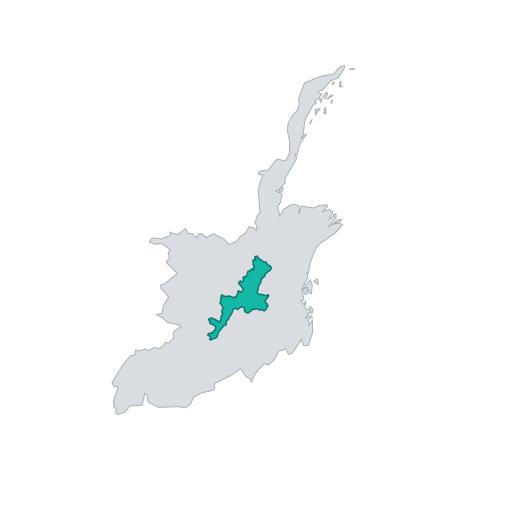 location of Mandalay within Myanmar, rotated 216°
{"feature_id": "MMR-3267", "entity_name": "Mandalay", "entity_type": "Division", "adm_level": 1, "iso_a3": "MMR", "parent_name": "Myanmar", "parent_adm1": "", "projection": "mercator", "projection_center": [96.206, 21.524], "detail": "fine", "context": "in_parent", "style": "filled", "palette": "teal", "viewbox_px": 512, "rotation_deg": 216, "n_neighbors": 0, "source": "natural_earth", "source_scale": "10m", "svg_char_len": 9568}
<svg xmlns="http://www.w3.org/2000/svg" viewBox="0 0 512 512"><g transform="rotate(216 256 256)"><path d="M329.1,236.8L324.2,234.3L320.6,236.6L315.1,235.7L315.6,240.5L312.5,242.1L306.9,241.7L303.6,249.0L292.1,250.9L284.6,249.5L280.4,256.0L280.1,263.4L278.0,267.8L278.9,275.5L274.0,277.5L271.0,277.1L272.6,280.6L276.5,282.1L278.7,290.0L278.0,293.1L293.5,311.3L298.2,325.5L301.9,323.6L303.0,325.1L301.5,328.8L296.8,331.7L296.0,346.7L288.3,350.3L288.5,355.3L289.4,358.8L296.3,368.7L304.0,375.5L308.3,382.7L309.1,393.2L308.0,397.6L310.0,403.9L313.9,408.1L318.4,424.7L309.4,439.2L300.2,448.8L299.1,458.9L296.1,462.2L294.7,459.1L294.1,448.5L298.5,441.8L299.9,428.8L302.8,426.0L301.3,424.7L297.7,425.6L299.0,415.1L296.9,414.6L298.6,412.4L296.4,394.8L289.4,382.4L288.5,377.0L287.4,384.2L286.6,382.8L286.4,373.0L282.3,362.3L282.8,361.4L284.6,362.3L282.9,359.9L281.5,360.4L280.3,357.8L278.1,335.5L275.5,332.4L276.5,322.7L278.5,320.3L271.1,321.3L267.6,313.1L267.3,308.6L260.0,301.9L261.2,304.0L260.0,306.3L261.2,310.1L258.2,317.2L255.1,320.4L251.1,321.7L247.9,319.7L247.2,315.9L246.0,315.9L248.8,323.0L237.0,329.1L235.2,333.3L229.1,338.9L227.2,338.2L228.2,330.7L224.6,336.6L219.6,336.8L218.6,328.8L216.6,333.4L213.7,334.9L214.6,321.5L213.8,325.4L209.0,330.7L204.4,332.4L205.4,321.4L211.6,303.9L212.2,298.2L208.8,284.1L203.3,272.3L204.9,272.1L201.2,268.7L200.7,259.9L198.5,263.0L198.2,268.6L193.5,265.7L189.0,258.0L190.8,257.3L196.0,261.0L198.9,258.9L199.7,256.4L191.5,248.9L193.5,245.9L190.9,245.9L183.9,242.3L181.9,243.0L182.8,246.2L181.3,247.1L178.6,242.2L180.6,239.8L178.9,239.7L180.0,235.4L179.3,234.7L176.1,240.5L174.2,239.1L176.3,236.2L175.4,234.6L172.4,231.2L172.7,237.2L165.4,227.7L161.2,214.7L164.4,211.4L170.1,215.2L169.6,199.1L172.0,195.6L177.8,198.5L179.5,194.4L181.8,193.4L180.2,182.2L182.1,175.0L186.0,173.8L186.9,167.9L187.4,160.0L185.5,151.2L189.0,153.3L193.0,152.5L202.4,155.6L205.9,145.2L214.7,128.3L211.4,124.4L212.0,122.0L219.7,113.1L223.6,105.1L221.9,97.9L223.6,92.0L230.6,88.2L246.0,76.2L257.4,74.6L262.1,79.3L265.3,79.7L260.5,68.5L270.2,60.1L269.9,53.4L274.5,46.4L277.0,46.6L279.4,50.1L281.9,50.1L286.3,55.2L290.6,69.4L293.8,66.8L298.0,68.8L299.9,89.6L298.7,101.6L296.2,104.4L298.1,109.3L294.1,111.0L291.3,115.8L287.3,116.1L284.5,122.6L280.4,123.6L278.2,128.7L278.7,132.5L275.4,134.7L274.3,141.3L277.2,143.9L278.1,147.4L275.0,154.8L277.6,155.1L288.7,150.1L296.6,151.1L301.9,149.9L298.5,154.9L301.8,161.4L302.5,171.4L314.2,174.2L316.1,176.7L313.5,179.8L309.5,195.7L324.8,198.0L325.3,204.1L328.5,206.3L329.0,209.7L331.0,210.8L339.3,210.6L344.2,206.5L350.4,204.6L350.8,208.1L349.3,210.7L342.5,214.2L337.8,221.5L337.5,223.1L339.7,224.5L331.8,227.4L329.1,236.8ZM193.7,253.8L198.6,256.7L197.6,258.9L194.6,259.0L192.2,255.2L193.7,253.8ZM290.8,405.3L294.0,409.7L290.9,412.7L290.8,405.3ZM193.2,273.4L190.6,271.7L188.9,269.3L194.3,269.3L193.2,273.4ZM295.3,424.2L295.4,429.9L293.4,429.3L292.2,424.4L295.3,424.2ZM211.7,332.4L208.4,336.1L207.9,332.9L212.4,328.3L211.7,332.4ZM275.3,327.2L273.3,326.1L273.0,322.7L274.6,321.7L275.8,323.3L275.3,327.2ZM288.9,431.2L288.5,429.3L290.6,424.6L290.2,428.7L288.9,431.2ZM287.8,441.9L290.4,446.2L290.0,447.1L287.5,443.7L285.9,443.9L287.8,441.9ZM297.1,420.9L294.3,422.1L294.1,418.1L297.1,420.9ZM290.4,461.9L286.7,465.6L287.2,463.5L290.4,461.9ZM177.7,242.9L179.1,247.7L176.8,242.0L177.7,242.9ZM290.9,396.1L290.8,399.7L289.9,393.9L290.9,396.1ZM189.0,246.3L189.4,249.4L187.3,245.0L189.0,246.3ZM287.1,416.7L285.0,414.9L285.8,413.6L286.8,413.9L287.1,416.7ZM285.6,411.5L284.3,413.9L282.9,412.5L284.0,411.4L285.6,411.5ZM286.0,425.7L286.0,427.8L284.5,423.0L286.0,425.7ZM216.7,336.8L215.2,336.7L217.2,334.3L217.4,335.2L216.7,336.8ZM295.7,442.3L294.3,441.9L295.4,439.6L295.7,442.3Z" fill="#d9dde1" stroke="#a8b0b8" stroke-width="1"/><path d="M243.7,161.3L244.4,161.2L244.6,161.4L244.8,161.9L244.8,162.2L244.6,163.1L244.6,163.4L244.7,163.6L244.9,163.8L246.1,164.2L246.6,164.1L247.5,163.6L248.1,163.5L248.8,164.1L248.7,164.5L248.4,164.9L248.3,165.1L248.3,165.4L248.5,165.7L248.5,165.9L248.3,166.0L248.0,166.0L247.2,166.8L247.0,167.2L246.9,167.3L247.0,167.6L246.9,167.8L246.7,167.9L246.4,167.7L246.2,167.6L246.0,167.9L246.1,168.3L246.3,168.7L246.1,169.4L246.1,170.9L245.8,171.3L245.7,171.6L245.4,171.9L245.3,172.1L245.4,172.4L245.5,172.8L246.2,173.5L246.4,174.0L246.3,174.3L246.5,174.6L247.5,175.2L249.3,175.3L251.2,175.0L251.7,174.9L252.2,174.9L252.5,174.5L252.8,174.4L253.1,174.5L253.7,175.0L254.0,175.0L254.3,174.9L254.4,175.5L254.3,175.8L255.0,176.2L255.3,176.3L256.3,176.4L256.9,176.7L257.1,176.9L257.1,177.4L256.8,177.7L256.1,178.8L255.9,179.4L255.4,179.9L255.1,179.9L254.8,180.1L254.2,179.9L253.5,179.9L252.2,180.6L251.9,180.7L251.1,180.8L250.6,180.5L250.1,180.7L249.9,180.7L249.6,180.9L249.4,180.9L248.4,180.9L247.9,180.7L247.7,180.8L246.3,181.7L246.5,182.2L246.6,182.8L246.9,182.8L247.0,182.8L247.0,183.7L247.0,183.9L247.4,184.6L248.2,185.6L248.2,185.9L248.2,186.6L248.4,186.8L248.8,186.9L249.0,187.5L249.0,187.8L248.9,188.3L248.8,188.9L248.7,189.5L248.8,190.1L249.1,190.2L250.5,190.3L251.0,190.9L251.1,191.2L251.2,192.1L251.6,192.4L251.8,192.7L252.1,193.5L252.1,194.2L252.1,194.8L252.2,195.0L252.4,195.1L253.5,195.4L254.1,195.8L255.2,196.1L255.9,196.5L256.4,196.6L257.2,196.7L257.5,196.9L257.7,197.1L257.9,198.2L258.1,198.9L258.8,199.8L259.2,200.7L259.9,201.5L260.0,201.9L259.9,202.3L260.0,202.6L260.4,202.9L260.5,203.1L260.5,203.6L260.7,203.8L260.8,204.1L260.7,204.5L259.8,204.6L259.2,204.1L258.6,204.7L257.6,205.2L257.3,205.2L257.2,205.0L256.9,205.1L256.2,205.7L255.4,206.6L255.2,207.1L254.2,207.9L253.8,207.9L253.5,207.9L253.3,208.0L251.7,208.8L251.1,208.8L249.9,209.0L249.3,209.1L249.2,209.1L249.1,209.3L248.9,209.8L249.1,210.1L249.0,210.4L248.1,210.9L248.4,213.1L248.6,213.5L249.0,215.7L249.5,216.4L249.9,217.5L249.7,217.6L249.2,217.6L248.7,217.7L248.1,217.5L247.6,217.6L247.1,217.9L246.7,218.3L246.8,219.1L246.7,219.5L246.4,220.0L246.5,221.2L247.4,221.9L248.8,222.4L250.3,223.0L250.5,223.0L250.9,222.9L251.1,223.0L252.0,223.6L252.3,223.6L252.7,223.2L252.9,223.4L253.3,223.9L253.5,224.0L253.8,223.9L254.0,224.1L254.2,224.4L254.4,224.8L254.4,225.1L254.1,225.3L254.1,225.5L254.1,226.1L254.0,226.6L252.7,226.6L252.4,226.7L252.3,227.0L251.6,227.6L251.7,228.1L251.6,228.6L251.7,228.9L252.1,229.2L252.6,230.2L252.9,230.3L253.1,230.6L253.5,230.5L253.5,231.4L253.6,232.2L253.5,232.3L253.2,232.4L252.5,232.4L252.4,232.6L252.5,233.0L252.2,233.6L252.0,234.4L252.3,235.6L253.3,238.3L253.5,238.7L253.5,239.0L253.4,239.3L252.5,239.9L252.3,240.4L251.7,240.8L251.7,241.9L252.0,242.1L252.1,242.3L251.5,243.2L251.3,243.4L251.1,243.5L250.7,243.3L250.4,243.5L250.0,243.4L249.9,243.5L250.0,243.9L250.4,244.7L251.5,246.1L251.6,246.5L251.5,246.9L251.6,247.1L252.1,247.3L252.8,247.1L253.3,247.3L253.5,247.6L253.9,248.4L254.8,249.4L255.1,249.9L255.6,250.2L255.9,250.6L255.9,250.9L255.8,251.1L255.3,251.5L255.0,252.0L254.6,252.2L254.0,252.3L253.8,252.5L253.7,252.7L253.9,253.0L254.2,253.3L254.8,253.5L255.4,253.5L255.7,253.5L255.9,253.6L256.0,253.8L256.3,254.6L256.2,255.2L256.0,255.6L255.7,255.8L255.4,256.2L254.5,256.7L254.3,256.5L254.4,256.2L253.5,255.8L253.1,255.6L252.7,255.6L250.4,255.8L249.0,255.7L248.0,255.8L247.4,255.6L246.2,255.6L245.9,255.5L245.7,255.5L245.4,256.4L245.0,256.6L244.6,257.0L244.4,257.0L244.1,256.9L243.5,256.4L242.2,256.1L241.8,255.9L241.0,255.6L240.2,255.7L239.9,255.8L239.8,256.1L239.7,256.2L239.5,256.3L239.0,256.4L238.7,256.3L238.4,256.1L237.3,255.8L236.7,255.4L236.5,255.0L236.3,254.3L236.2,252.7L236.4,251.8L236.7,251.3L237.1,250.8L237.2,250.4L237.3,250.0L237.1,249.6L237.1,249.3L237.4,248.7L237.6,248.1L237.9,247.9L238.0,247.8L238.1,247.5L237.9,247.2L237.9,246.5L237.6,246.1L237.5,245.3L237.4,244.9L237.0,244.6L237.4,243.7L237.5,243.4L237.4,242.8L237.8,242.5L237.8,242.3L237.8,242.1L237.9,241.8L238.3,241.4L238.4,241.0L238.3,240.8L237.9,240.6L237.8,240.4L237.7,239.6L237.3,238.9L237.1,238.2L236.7,237.6L236.4,236.3L236.8,235.7L236.8,235.4L236.5,234.7L236.3,233.4L236.0,232.7L234.2,229.4L234.0,227.6L233.9,227.4L233.6,227.0L233.3,226.8L232.4,226.7L231.6,226.7L231.1,226.7L230.9,226.9L230.1,227.6L229.3,227.9L228.3,228.1L227.9,228.4L226.8,229.2L226.5,229.3L225.7,229.3L225.1,229.4L224.8,229.6L223.8,230.5L223.6,231.5L223.4,231.8L223.2,231.9L222.8,231.6L222.3,230.6L222.2,230.2L222.2,229.6L222.3,229.3L222.4,228.7L222.1,227.3L222.1,227.0L222.5,226.0L222.6,225.4L222.6,225.2L222.4,225.0L221.9,224.5L220.9,224.0L219.8,224.1L219.3,224.0L218.8,223.8L218.0,223.3L217.4,222.8L217.4,222.6L216.9,222.4L217.1,222.0L217.0,221.0L216.6,219.1L216.6,218.1L216.8,217.1L217.0,216.7L217.6,216.2L217.8,216.2L218.9,216.2L220.3,215.8L220.5,215.7L220.6,215.1L220.9,214.6L221.3,214.3L221.9,214.2L222.5,214.5L223.4,214.4L223.8,214.2L224.2,213.9L224.9,212.9L226.2,211.8L226.7,211.2L226.9,211.1L227.5,211.1L227.6,210.8L227.8,210.8L227.7,209.1L228.0,207.8L228.4,207.0L228.4,206.9L228.6,206.2L228.9,205.3L229.2,205.0L231.9,204.4L232.4,204.4L232.7,204.6L233.4,205.3L234.7,207.1L236.5,206.9L237.0,207.0L238.2,205.9L238.5,205.3L239.2,202.6L239.5,202.0L239.7,201.8L240.2,201.9L240.6,201.9L241.4,201.6L241.8,201.4L242.4,201.0L242.9,200.4L243.1,199.6L243.0,198.8L242.5,197.3L242.1,196.6L242.0,195.0L241.7,193.7L241.7,192.2L241.8,192.0L242.1,191.6L242.3,191.2L242.2,191.0L241.4,190.1L241.2,189.7L241.2,187.8L241.3,187.4L241.6,187.0L241.8,186.5L241.7,186.1L240.2,183.5L239.9,182.5L240.1,181.7L240.3,181.6L240.8,181.6L241.0,181.5L241.2,181.3L241.2,181.0L241.5,172.2L241.0,170.7L240.6,169.7L240.1,167.8L240.0,167.5L240.1,167.0L240.4,166.1L240.8,165.4L242.1,163.7L242.7,162.3L243.2,161.7L243.7,161.3Z" fill="#14b8a6" stroke="#0f766e" stroke-width="1.5"/></g></svg>